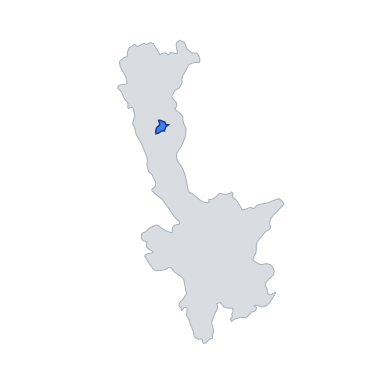 location of Phalanxay, Savannakhét, Laos, rotated 201°
{"feature_id": "54806243B24177068581900", "entity_name": "Phalanxay", "entity_type": "district", "adm_level": 2, "iso_a3": "LAO", "parent_name": "Laos", "parent_adm1": "Savannakhét", "projection": "mercator", "projection_center": [105.619, 16.736], "detail": "fine", "context": "in_parent", "style": "filled", "palette": "blue", "viewbox_px": 384, "rotation_deg": 201, "n_neighbors": 0, "source": "geoboundaries", "source_scale": "gbopen_adm2", "svg_char_len": 5628}
<svg xmlns="http://www.w3.org/2000/svg" viewBox="0 0 384 384"><g transform="rotate(201 192 192)"><path d="M138.7,58.7L140.4,61.8L148.3,70.3L149.6,72.5L152.5,74.3L154.9,81.7L155.9,82.2L157.2,81.7L158.2,80.6L159.1,77.8L159.6,77.5L160.5,79.8L162.7,80.5L163.6,81.6L163.9,83.4L163.6,85.2L161.8,89.4L160.7,95.1L168.3,107.3L171.6,108.9L179.2,110.9L184.4,113.6L186.9,113.0L189.2,109.9L191.9,108.3L197.1,105.7L198.6,105.5L201.4,106.6L206.1,109.6L213.2,115.2L213.0,116.7L211.7,118.2L207.9,120.4L206.7,121.9L207.4,122.4L210.6,122.8L214.3,124.0L215.4,125.5L216.1,128.9L216.7,129.5L220.2,129.1L221.2,129.6L222.5,130.7L223.7,133.5L223.7,135.6L220.3,139.3L219.8,141.4L218.1,144.1L213.4,148.4L212.1,148.7L203.4,146.3L196.5,146.6L195.9,147.6L197.1,150.2L197.4,152.8L196.4,154.8L192.4,157.4L192.2,158.5L193.0,159.7L198.8,162.1L217.3,174.6L225.7,177.1L229.4,178.6L230.3,179.5L230.3,180.6L229.3,182.0L228.5,184.5L228.5,186.0L229.3,187.4L230.8,189.5L236.0,194.3L239.8,195.4L243.7,200.9L244.9,205.6L246.8,208.7L256.4,219.0L264.4,225.3L269.1,232.1L271.4,233.6L272.2,236.1L272.8,243.2L275.5,246.8L276.1,248.2L277.3,249.3L278.6,249.5L281.5,247.2L282.0,247.5L283.3,251.3L284.4,252.6L288.7,255.0L293.1,259.5L295.5,261.1L298.6,262.4L299.0,263.9L298.4,265.3L297.5,266.3L292.3,268.9L291.6,270.0L295.0,275.8L303.7,283.0L306.4,287.3L305.8,289.3L303.4,293.5L301.6,294.6L301.1,295.9L302.5,299.3L302.3,304.5L300.7,305.8L299.1,309.0L298.1,309.2L295.4,308.1L289.9,313.6L287.5,313.3L284.7,316.4L281.1,316.8L278.6,314.5L273.3,310.8L271.4,308.5L269.8,310.5L267.0,312.4L263.0,311.7L262.0,314.5L261.2,315.0L256.5,315.4L255.6,315.9L256.3,318.4L259.1,322.6L260.0,325.1L258.2,329.1L253.3,329.0L251.1,327.4L248.3,324.0L242.0,321.7L237.8,323.3L236.5,323.2L233.3,320.3L232.1,318.5L231.4,315.8L236.2,313.6L238.7,311.9L240.3,310.0L240.9,308.1L241.7,300.2L242.4,297.4L242.0,294.0L240.7,291.3L240.7,287.2L241.4,283.9L243.3,282.3L244.5,279.9L245.3,274.6L244.7,273.3L242.9,272.0L239.9,270.7L238.0,269.2L237.2,267.3L237.3,265.6L238.2,264.2L235.9,262.6L230.4,260.8L227.3,258.7L226.6,256.3L224.3,253.1L220.4,249.1L218.3,243.3L218.1,235.8L218.5,229.7L220.3,222.6L218.0,217.5L215.4,214.8L211.9,212.8L208.5,209.9L205.3,206.2L201.5,200.7L197.0,193.4L194.0,190.2L192.4,190.9L189.2,190.2L184.3,188.1L180.0,187.0L176.3,186.8L173.9,187.3L172.8,188.4L172.7,189.5L173.7,190.6L173.2,191.4L171.2,192.1L169.7,193.3L167.9,195.9L166.7,199.4L164.9,200.8L162.1,201.1L159.3,202.1L156.6,203.8L155.3,205.1L155.5,205.9L154.9,206.1L153.6,205.7L152.9,204.5L153.0,202.7L151.6,201.4L148.8,200.8L145.5,198.9L139.3,193.8L137.9,193.6L135.9,194.9L133.2,197.7L131.1,198.9L129.3,198.3L128.0,199.3L127.1,201.8L125.4,203.9L117.0,209.3L109.6,216.3L107.7,216.9L103.2,215.0L101.7,213.6L107.9,199.3L108.9,195.8L108.7,191.2L106.0,187.3L105.9,186.2L106.3,185.0L109.5,180.6L113.2,169.1L113.0,165.5L111.4,161.6L110.5,157.8L111.2,152.7L110.9,150.7L109.2,149.7L103.5,148.7L100.2,149.5L98.6,150.9L96.7,151.8L93.1,152.3L89.7,150.6L86.9,147.6L86.2,144.0L89.8,136.3L90.6,133.3L90.5,131.9L89.9,130.4L89.1,130.2L87.2,128.4L85.5,125.2L83.8,123.7L82.2,124.0L80.8,125.2L78.4,128.2L77.6,127.8L79.7,117.1L81.7,112.5L84.0,110.4L86.5,109.5L89.1,109.8L91.3,109.4L93.1,108.3L92.9,107.7L90.8,107.5L90.0,106.3L90.4,104.0L91.3,102.5L92.8,101.8L94.2,99.5L95.5,95.6L97.1,93.6L99.0,93.5L102.3,91.8L106.9,88.5L108.7,85.3L110.5,86.8L109.8,90.5L110.7,91.3L111.2,92.6L110.9,94.7L111.3,96.5L112.0,97.3L113.0,97.8L118.0,96.3L121.0,96.1L125.9,98.9L128.8,96.8L128.8,96.1L126.4,93.5L127.2,84.0L126.8,76.8L122.8,71.5L122.0,69.3L121.5,65.8L120.4,62.8L123.3,60.4L124.9,56.0L126.9,54.9L127.6,55.1L130.0,58.4L133.2,56.8L135.6,56.8L137.6,57.6L138.7,58.7Z" fill="#d9dde1" stroke="#a8b0b8" stroke-width="1"/><path d="M238.0,246.3L239.0,246.0L240.1,245.7L240.3,245.6L240.5,245.7L240.7,245.8L240.8,245.8L240.9,246.0L241.0,246.0L241.2,246.3L241.3,246.4L241.4,246.5L241.5,246.6L241.7,246.8L241.8,246.9L241.9,247.0L242.0,247.1L242.1,247.3L242.4,247.5L242.6,247.6L242.9,247.6L243.1,247.6L243.5,247.6L243.8,247.5L244.0,247.5L244.2,247.4L244.6,247.4L244.8,247.4L244.9,247.5L245.1,247.5L245.4,247.6L245.5,247.6L245.8,247.6L246.0,247.6L246.3,247.7L246.6,247.6L247.0,247.5L247.3,247.5L247.6,247.4L247.8,247.4L248.1,247.3L248.5,247.2L248.8,247.0L248.7,246.9L248.7,246.7L248.5,246.3L248.4,246.2L248.2,246.0L248.1,245.9L247.9,245.7L247.7,245.5L247.5,245.4L247.3,245.2L247.2,245.1L247.0,244.8L247.0,244.7L246.9,244.5L246.7,244.3L246.7,244.2L246.6,243.9L246.5,243.6L246.4,243.5L246.4,243.3L246.4,243.2L246.3,242.9L246.4,242.7L246.5,242.6L246.6,242.3L246.7,242.1L246.8,241.9L246.9,241.7L247.0,241.6L247.1,241.4L247.3,241.0L247.3,240.9L247.5,240.6L247.6,240.4L247.7,240.1L247.8,239.9L247.9,239.7L248.0,239.3L248.0,239.2L248.0,238.9L248.0,238.7L248.0,238.3L247.9,238.1L247.9,237.9L247.9,237.6L247.9,237.4L247.9,237.2L247.9,236.9L247.8,236.7L247.8,236.4L247.7,236.3L247.7,236.2L247.6,235.9L247.5,235.5L247.5,235.4L247.4,235.3L247.4,235.2L247.3,234.9L247.2,234.8L247.2,234.7L247.0,234.4L246.9,234.2L246.8,233.9L246.7,233.8L246.6,233.7L246.4,233.4L246.3,233.5L246.2,233.6L246.1,233.8L245.8,234.0L245.7,234.0L245.4,234.3L245.2,234.4L245.1,234.5L244.9,234.7L244.7,234.8L244.5,235.0L244.3,235.1L244.2,235.2L244.1,235.3L244.0,235.5L243.9,235.6L243.8,235.8L243.7,236.0L243.5,236.3L243.4,236.6L243.2,236.9L243.1,237.0L242.9,237.2L242.7,237.4L242.7,237.5L242.4,237.8L242.2,238.0L241.9,238.2L241.7,238.3L241.4,238.5L241.2,238.6L240.9,238.8L240.7,238.9L240.1,239.0L239.9,239.0L239.6,239.1L239.8,239.4L240.1,239.8L240.0,240.2L239.8,240.6L239.7,240.9L239.7,241.4L239.7,241.8L239.8,242.4L239.9,243.1L239.3,244.6L238.3,245.8L238.0,246.3Z" fill="#3b82f6" stroke="#1e3a8a" stroke-width="1.5"/></g></svg>